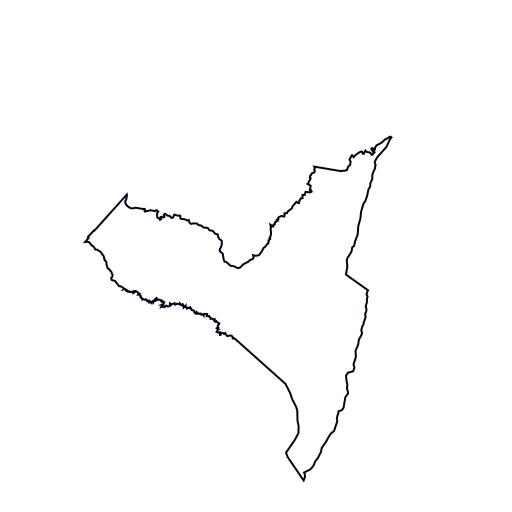 Juan B. Alberdi, Tucumán, Argentina, rotated 210°
{"feature_id": "61730980B38664240857483", "entity_name": "Juan B. Alberdi", "entity_type": "district", "adm_level": 2, "iso_a3": "ARG", "parent_name": "Argentina", "parent_adm1": "Tucumán", "projection": "robinson", "projection_center": [-65.664, -27.636], "detail": "fine", "context": "isolated", "style": "outline", "palette": "ink", "viewbox_px": 512, "rotation_deg": 210, "n_neighbors": 0, "source": "geoboundaries", "source_scale": "gbopen_adm2", "svg_char_len": 6160}
<svg xmlns="http://www.w3.org/2000/svg" viewBox="0 0 512 512"><g transform="rotate(210 256 256)"><path d="M411.0,182.7L408.8,184.2L407.2,184.5L404.1,183.2L400.9,182.8L398.5,181.3L396.9,182.0L392.6,181.9L387.8,179.7L384.9,176.6L384.4,176.8L382.4,175.8L381.0,173.5L378.5,171.5L377.5,171.0L376.2,171.2L375.2,170.4L373.2,169.9L371.8,168.5L370.7,168.0L370.0,165.9L370.5,164.7L369.6,163.5L368.9,163.1L365.6,163.9L359.5,161.4L358.1,162.1L355.0,162.0L353.7,161.7L353.9,161.0L352.8,162.0L351.8,161.3L351.7,161.9L350.8,161.9L350.3,161.2L349.8,161.6L348.8,161.0L348.2,161.9L346.8,161.8L346.6,162.4L346.1,162.4L345.0,163.5L344.2,163.5L344.4,163.0L343.8,162.4L342.9,164.2L343.7,164.9L342.6,165.6L339.5,165.4L339.3,164.6L338.0,164.9L338.4,163.8L337.5,164.3L335.7,163.7L335.6,161.8L335.5,162.7L335.0,162.9L334.4,162.2L333.7,162.4L332.9,161.6L332.8,162.2L330.6,162.4L329.8,163.4L329.2,163.0L328.1,163.3L327.6,162.5L326.4,163.8L326.0,163.3L325.5,163.5L325.2,162.4L324.1,163.3L323.2,163.1L323.7,164.1L322.9,164.8L321.9,164.4L322.5,166.0L321.2,166.2L321.0,166.6L321.6,166.8L321.5,167.6L320.3,167.4L319.8,168.4L320.7,169.2L321.5,169.0L321.2,169.9L318.7,169.2L318.0,169.8L315.7,170.3L315.8,169.6L315.0,169.4L314.6,169.9L314.1,169.3L313.8,170.0L313.2,169.6L312.4,170.0L312.0,167.7L313.2,166.4L311.6,166.9L310.9,166.2L312.5,165.1L312.5,164.5L311.7,165.4L309.6,166.1L308.9,168.2L307.0,168.2L305.4,169.9L305.3,170.7L306.3,171.0L306.8,171.9L305.2,171.7L303.0,174.2L302.7,173.5L301.6,173.4L300.5,175.3L298.0,175.9L298.2,176.8L296.9,176.1L296.0,176.2L295.4,176.9L295.8,177.3L295.5,177.7L294.2,177.0L294.5,176.5L294.1,175.9L293.3,176.1L292.8,175.3L292.3,177.1L292.1,176.3L292.0,176.9L291.5,177.1L290.9,176.5L289.7,177.0L289.4,176.2L288.3,177.5L287.7,176.6L287.9,177.7L287.4,178.7L286.1,177.5L286.3,178.1L285.8,178.2L284.9,177.0L282.4,177.6L280.7,176.0L278.6,176.1L278.0,176.6L279.6,176.6L279.6,177.8L277.8,177.2L277.2,177.7L275.2,177.7L274.9,178.5L273.8,178.0L273.2,178.8L271.7,178.3L272.2,179.1L271.7,180.2L270.6,180.3L270.1,181.1L269.2,181.3L268.6,179.3L266.5,180.5L265.8,179.9L264.9,180.0L264.0,178.8L262.9,179.8L261.3,179.7L260.3,180.8L259.9,180.3L260.2,179.2L258.4,178.6L257.9,179.8L255.6,179.1L254.2,179.4L253.9,178.5L254.4,177.0L253.9,175.8L253.1,175.5L253.8,173.9L251.9,173.9L252.5,173.1L252.0,172.2L252.2,170.6L250.3,170.9L249.4,171.8L247.7,169.6L247.2,170.0L247.8,172.1L246.0,172.8L244.6,172.6L244.3,173.9L241.3,172.3L239.9,172.9L239.2,174.0L237.2,174.7L235.6,174.1L235.0,173.0L234.1,173.2L233.7,173.9L232.9,173.8L166.5,160.0L158.1,154.5L153.0,150.1L145.8,145.4L143.0,142.8L137.9,134.4L134.0,129.9L130.7,123.9L130.4,116.1L131.7,100.8L128.4,97.9L102.5,85.4L103.1,89.2L104.6,91.4L106.1,92.5L102.4,98.2L101.6,101.2L101.4,103.1L102.0,107.9L101.4,112.0L101.8,118.9L103.1,122.6L102.5,130.5L102.6,136.8L102.2,140.3L100.9,143.3L102.8,152.6L103.3,154.1L104.5,155.3L105.7,158.4L105.9,160.7L107.0,162.5L104.5,165.7L104.3,168.4L108.0,178.3L107.6,182.9L108.6,184.5L110.9,186.6L112.8,190.7L114.0,191.7L118.2,197.3L118.0,201.0L114.4,204.5L114.3,205.6L115.2,208.9L117.3,210.8L119.1,218.7L122.4,223.7L123.2,230.4L125.1,234.9L125.2,240.5L125.8,242.5L127.7,244.3L128.8,248.4L128.7,250.3L129.4,252.0L130.5,257.8L132.7,260.7L132.6,262.3L133.3,264.4L134.5,266.1L135.7,266.9L136.9,271.6L138.5,274.3L139.1,276.6L140.8,277.7L141.6,279.6L141.8,282.3L168.8,284.9L171.6,292.5L175.5,298.0L175.8,300.7L175.5,306.1L175.7,308.3L177.0,311.5L176.1,313.7L177.6,318.6L178.6,325.3L182.4,333.1L184.3,340.6L187.1,346.8L189.1,355.0L188.8,358.0L189.7,363.2L192.0,370.2L191.8,373.1L193.3,376.1L193.8,380.9L195.5,383.8L196.4,386.9L196.7,391.6L197.6,392.9L197.9,394.7L199.4,395.7L200.3,397.1L200.4,402.1L197.6,415.6L198.3,424.5L198.0,426.4L199.1,426.6L200.0,425.9L200.6,424.0L202.4,421.7L203.9,416.9L207.0,411.9L207.1,409.6L206.3,407.8L206.5,406.8L209.1,407.7L209.6,407.2L209.7,406.4L209.2,406.0L206.6,404.8L205.3,405.0L205.8,402.0L206.6,401.4L207.4,402.2L209.2,402.5L212.3,401.5L214.0,402.0L213.8,398.2L214.9,398.0L215.8,399.2L217.0,399.2L218.4,397.4L220.2,393.3L220.9,390.4L222.8,391.4L223.4,391.1L223.2,386.1L221.3,385.1L220.0,382.0L220.9,379.7L220.2,375.8L222.3,373.8L224.1,372.9L224.5,372.1L250.3,362.5L249.0,361.5L248.8,359.9L247.5,358.9L247.4,357.3L248.9,355.8L248.9,353.5L249.3,353.1L248.8,351.2L248.0,351.1L247.9,350.0L247.3,349.8L247.4,346.3L246.8,345.1L247.3,344.2L243.8,344.2L243.0,341.7L242.2,341.1L242.6,340.7L242.4,340.0L240.1,339.8L240.0,339.4L240.9,338.2L245.1,336.2L244.4,333.1L246.2,332.2L244.6,329.3L246.1,328.3L245.9,326.9L246.2,325.7L245.2,323.6L246.0,322.9L248.1,323.1L249.2,317.3L248.8,315.1L250.7,310.6L250.9,309.9L250.5,308.8L252.7,307.1L251.3,304.9L251.4,304.1L253.8,303.6L255.7,301.0L255.8,300.1L255.0,299.0L256.0,298.0L254.9,297.3L255.8,296.7L255.9,295.4L256.4,294.9L255.7,292.7L256.0,291.7L256.4,291.7L256.0,290.1L259.2,290.3L257.2,288.0L256.8,286.4L255.5,285.0L253.6,281.8L253.5,280.2L252.8,278.9L253.2,278.4L252.3,277.8L253.0,275.8L252.4,275.4L251.9,273.9L252.2,273.5L251.7,272.7L252.4,271.4L252.7,268.2L253.5,266.8L253.3,263.4L253.7,258.7L254.3,257.7L256.4,256.0L258.9,255.3L257.3,253.4L257.2,251.9L259.0,249.7L259.8,247.3L262.8,242.5L264.1,237.8L265.8,236.4L270.3,236.0L273.3,234.8L278.8,236.0L280.4,235.3L282.3,236.9L285.9,241.3L289.9,242.2L290.9,244.0L290.7,245.2L291.3,248.8L293.3,252.1L296.4,252.4L298.6,253.8L299.8,255.5L302.7,254.9L306.1,256.2L308.8,255.1L309.7,255.1L311.4,256.1L312.4,256.0L315.6,254.4L318.6,255.0L321.4,254.0L323.3,254.6L326.4,253.0L328.4,251.3L330.4,251.7L332.2,253.6L333.3,252.3L336.2,252.2L339.3,250.7L340.5,250.9L341.5,252.8L342.2,253.0L343.8,251.9L347.4,251.0L347.1,247.9L347.8,246.9L349.4,246.9L349.7,247.4L351.1,247.4L352.9,246.7L355.7,247.1L356.2,246.8L356.4,245.4L355.1,244.5L354.9,243.7L355.9,242.9L357.6,242.7L358.1,242.1L357.9,241.4L356.6,240.6L357.2,239.3L359.0,240.2L360.7,239.9L363.1,243.5L362.9,245.6L364.5,246.0L365.3,245.7L365.9,244.4L370.2,242.9L374.3,239.0L375.1,239.3L375.3,240.7L376.0,241.1L377.1,240.3L384.2,237.7L387.1,235.2L388.9,234.7L392.5,234.9L395.5,236.3L396.6,238.0L396.6,239.9L397.9,243.6L398.6,244.6L407.9,200.5L408.6,197.2L409.1,197.2L411.1,188.3L410.0,187.9L411.0,182.7Z" fill="none" stroke="#020617" stroke-width="2"/></g></svg>